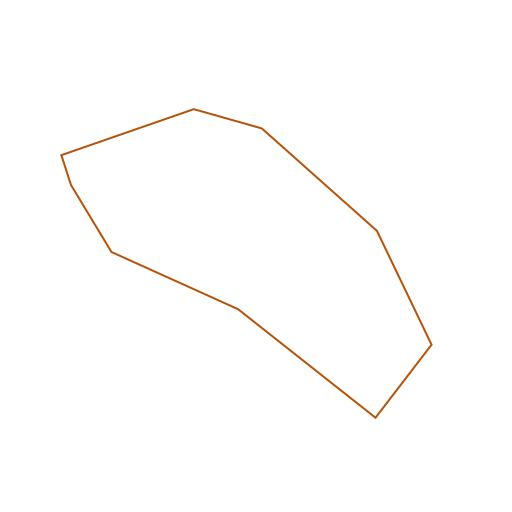 map outline of Dominica (Mercator projection), rotated 321°
{"feature_id": "DMA", "entity_name": "Dominica", "entity_type": "country or territory", "adm_level": 0, "iso_a3": "DMA", "parent_name": "North America", "parent_adm1": "", "projection": "mercator", "projection_center": [-61.361, 15.43], "detail": "fine", "context": "isolated", "style": "outline", "palette": "amber", "viewbox_px": 512, "rotation_deg": 321, "n_neighbors": 0, "source": "natural_earth", "source_scale": "50m", "svg_char_len": 284}
<svg xmlns="http://www.w3.org/2000/svg" viewBox="0 0 512 512"><g transform="rotate(321 256 256)"><path d="M336.6,435.4L247.1,456.9L208.6,286.1L146.2,162.0L156.9,84.4L168.2,55.1L300.0,102.7L340.8,160.5L365.8,312.6L336.6,435.4Z" fill="none" stroke="#b45309" stroke-width="2"/></g></svg>